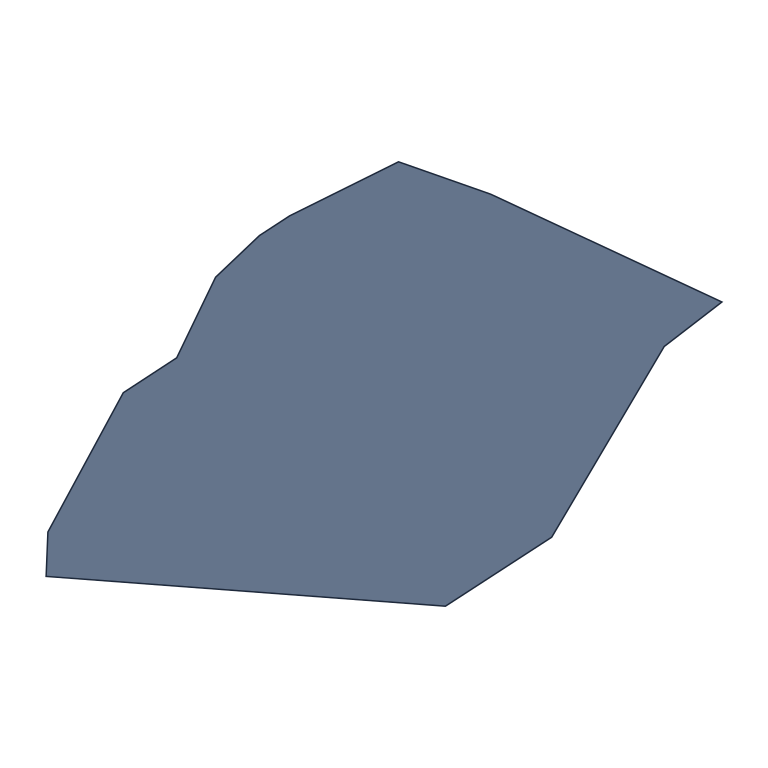 the Municipality of Rogatec
{"feature_id": "SVN-983", "entity_name": "Rogatec", "entity_type": "Municipality", "adm_level": 1, "iso_a3": "SVN", "parent_name": "Slovenia", "parent_adm1": "", "projection": "orthographic", "projection_center": [15.736, 46.238], "detail": "fine", "context": "isolated", "style": "filled", "palette": "slate", "viewbox_px": 768, "rotation_deg": 0, "n_neighbors": 0, "source": "natural_earth", "source_scale": "10m", "svg_char_len": 321}
<svg xmlns="http://www.w3.org/2000/svg" viewBox="0 0 768 768"><path d="M721.9,302.0L664.2,346.5L551.7,537.2L445.4,606.2L46.1,576.4L46.2,574.5L47.9,532.0L123.3,392.7L176.7,357.8L215.6,277.2L259.5,235.5L289.7,215.8L398.5,161.8L490.7,194.2L718.5,300.4L721.9,302.0Z" fill="#64748b" stroke="#1e293b" stroke-width="1.5"/></svg>